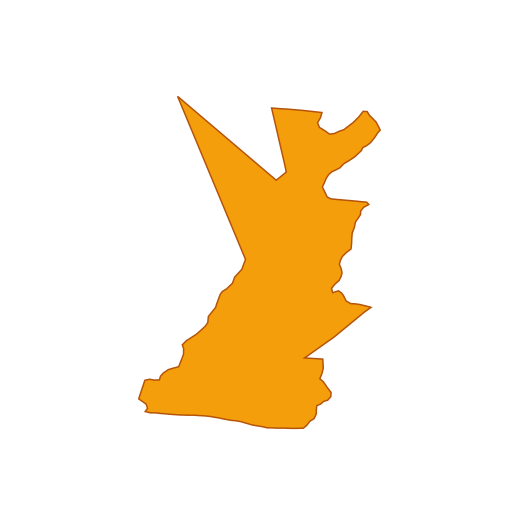 Jequiá da Praia, Alagoas, Brazil (Natural Earth projection), rotated 68°
{"feature_id": "56859067B64881112821563", "entity_name": "Jequiá da Praia", "entity_type": "district", "adm_level": 2, "iso_a3": "BRA", "parent_name": "Brazil", "parent_adm1": "Alagoas", "projection": "natural_earth1", "projection_center": [-36.086, -9.926], "detail": "fine", "context": "isolated", "style": "filled", "palette": "amber", "viewbox_px": 512, "rotation_deg": 68, "n_neighbors": 0, "source": "geoboundaries", "source_scale": "gbopen_adm2", "svg_char_len": 2201}
<svg xmlns="http://www.w3.org/2000/svg" viewBox="0 0 512 512"><g transform="rotate(68 256 256)"><path d="M78.6,268.9L255.2,267.0L258.6,270.1L263.1,274.2L265.2,278.7L267.6,283.7L272.4,288.0L275.5,295.7L276.3,300.6L278.3,303.7L285.5,310.2L288.6,312.8L294.2,322.8L299.6,325.6L302.1,329.3L304.3,335.2L306.3,340.9L308.4,352.1L310.7,357.6L314.8,357.8L319.9,360.0L323.1,362.9L329.7,369.2L329.0,374.5L328.5,379.8L329.7,385.5L331.6,389.5L334.7,392.0L332.9,396.9L330.4,400.9L329.6,405.6L344.5,418.3L352.1,413.4L356.6,413.6L358.7,417.0L361.8,412.8L364.0,407.5L366.4,403.2L369.1,397.7L371.1,393.9L372.7,390.6L374.7,386.5L376.4,382.6L378.3,378.3L380.4,373.1L382.7,368.4L385.1,363.3L387.6,358.6L389.7,355.3L392.2,351.1L395.3,346.6L399.0,340.7L401.4,336.1L404.0,332.0L406.3,329.1L408.8,325.9L411.4,322.6L413.3,319.5L416.6,314.1L419.6,309.8L421.2,305.9L423.7,300.5L425.7,295.3L427.7,290.9L429.9,285.8L431.5,281.7L433.4,276.6L432.0,272.3L429.4,268.0L428.5,263.0L424.9,259.2L421.3,257.7L417.5,255.7L417.5,251.6L416.1,247.5L416.6,243.7L414.4,239.3L410.6,237.5L404.2,239.3L398.1,240.6L393.7,242.8L389.7,238.9L385.3,235.7L376.6,232.7L368.7,249.2L360.3,213.7L356.1,200.3L348.4,175.9L346.7,168.6L343.0,173.5L339.6,178.3L337.6,181.8L335.6,186.1L331.3,189.3L325.7,189.7L322.5,190.5L319.2,192.6L318.7,198.7L314.2,198.0L311.7,193.4L309.8,188.1L307.1,185.0L304.0,182.6L300.0,181.8L294.9,181.8L291.6,179.3L288.8,176.1L286.6,170.8L285.1,165.3L280.7,162.9L275.3,160.5L270.8,158.2L266.6,154.3L261.8,151.1L259.0,146.8L256.6,143.5L253.5,142.1L251.2,138.0L250.5,132.1L247.5,133.3L245.3,137.6L241.2,145.4L237.4,152.9L235.6,156.4L233.7,160.2L231.1,165.1L227.9,167.9L216.9,168.6L213.8,165.3L210.4,161.9L207.6,158.0L206.3,153.9L206.1,149.8L205.7,145.2L203.4,140.2L202.2,132.9L201.0,127.3L199.3,122.8L197.8,118.9L195.4,116.3L195.2,112.4L193.8,107.3L190.5,101.4L187.7,97.5L185.8,93.7L182.4,93.9L176.7,94.5L171.1,96.8L167.8,98.2L163.8,98.8L162.0,102.4L165.5,108.5L168.6,115.8L171.8,127.3L171.5,131.8L171.8,137.4L170.6,142.1L165.7,145.2L160.6,149.0L155.5,149.0L152.0,144.5L147.7,141.1L138.8,157.6L131.9,171.2L127.6,180.2L124.6,186.1L182.3,195.2L189.5,196.5L193.3,208.9L78.6,268.9Z" fill="#f59e0b" stroke="#b45309" stroke-width="1.5"/></g></svg>